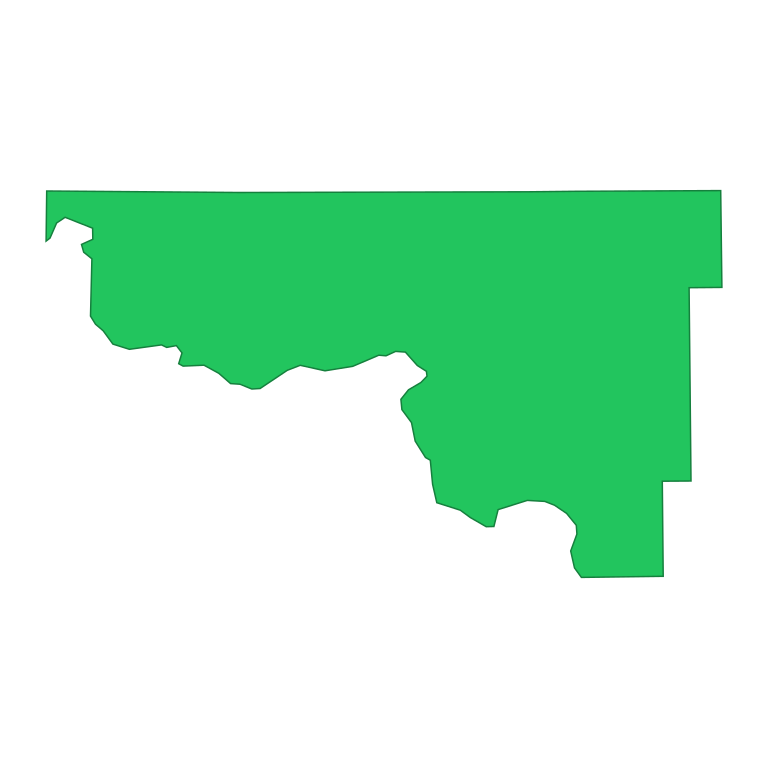 outline of McLean, North Dakota, United States of America
{"feature_id": "52423323B32428642019843", "entity_name": "McLean", "entity_type": "district", "adm_level": 2, "iso_a3": "USA", "parent_name": "United States of America", "parent_adm1": "North Dakota", "projection": "orthographic", "projection_center": [-101.559, 47.503], "detail": "fine", "context": "isolated", "style": "filled", "palette": "green", "viewbox_px": 768, "rotation_deg": 0, "n_neighbors": 0, "source": "geoboundaries", "source_scale": "gbopen_adm2", "svg_char_len": 984}
<svg xmlns="http://www.w3.org/2000/svg" viewBox="0 0 768 768"><path d="M720.7,190.6L576.1,191.3L528.0,191.8L239.0,192.5L46.7,191.0L46.1,241.1L50.0,238.1L56.6,223.0L65.1,217.3L92.6,228.2L92.8,239.3L81.5,244.4L83.7,252.2L91.9,258.8L90.5,316.1L95.5,324.2L103.2,330.8L112.9,344.1L129.4,349.3L161.5,344.9L166.7,347.4L176.4,345.6L182.0,352.9L178.7,363.7L183.1,366.1L204.0,365.2L218.8,373.3L230.6,383.6L239.9,384.2L251.8,389.0L260.1,388.5L287.3,370.3L300.2,365.3L325.0,370.8L352.8,366.3L378.8,355.2L386.0,355.8L395.6,351.4L405.4,352.1L417.3,365.5L426.4,371.3L427.0,376.2L420.9,382.5L408.5,389.8L400.9,399.3L401.9,409.6L411.5,422.6L415.2,441.1L425.5,457.5L430.3,460.2L432.6,484.3L436.8,502.7L460.3,510.2L470.4,517.6L486.2,526.7L493.9,526.5L498.1,509.6L527.3,500.4L544.8,501.4L554.5,505.2L566.6,513.4L576.3,525.3L576.9,534.1L570.7,551.0L574.5,567.9L581.4,577.4L663.2,576.3L662.3,481.2L691.0,481.0L689.1,287.7L721.9,287.4L720.7,190.6Z" fill="#22c55e" stroke="#15803d" stroke-width="1.5"/></svg>